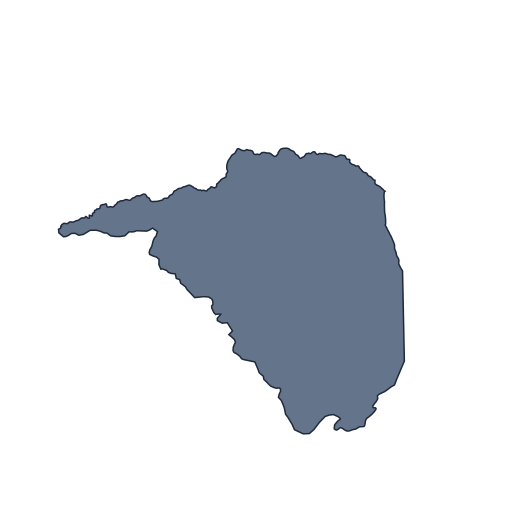 Birao, Vakaga, Central African Republic, rotated 30°
{"feature_id": "33826404B56670707739048", "entity_name": "Birao", "entity_type": "district", "adm_level": 2, "iso_a3": "CAF", "parent_name": "Central African Republic", "parent_adm1": "Vakaga", "projection": "mercator", "projection_center": [22.276, 9.995], "detail": "fine", "context": "isolated", "style": "filled", "palette": "slate", "viewbox_px": 512, "rotation_deg": 30, "n_neighbors": 0, "source": "geoboundaries", "source_scale": "gbopen_adm2", "svg_char_len": 6106}
<svg xmlns="http://www.w3.org/2000/svg" viewBox="0 0 512 512"><g transform="rotate(30 256 256)"><path d="M412.5,366.7L413.4,365.7L414.0,364.5L414.4,363.0L415.4,362.3L416.8,362.0L419.4,362.3L421.9,362.2L423.1,361.7L424.1,360.9L424.6,360.5L426.5,358.1L428.9,356.0L430.9,352.4L431.8,351.6L434.0,350.3L434.5,349.8L434.8,349.3L434.9,348.4L433.2,343.9L433.0,342.4L433.1,341.5L433.3,340.7L434.4,338.2L435.4,335.5L436.3,331.6L436.5,329.0L436.4,328.3L435.9,327.9L435.2,327.8L434.0,328.6L433.3,328.7L432.7,328.4L432.4,327.8L432.2,327.2L432.4,324.5L432.8,322.1L432.9,319.5L432.5,318.1L431.2,316.8L431.1,316.1L431.5,314.5L435.2,309.1L436.1,307.3L438.6,301.4L440.0,299.2L440.4,298.3L439.5,292.8L437.0,272.8L390.4,195.7L387.1,193.9L383.9,191.7L383.4,191.2L382.8,190.1L382.6,189.5L381.9,188.3L381.1,187.4L379.4,186.3L378.2,185.7L377.2,184.9L375.5,182.9L373.0,180.9L372.1,180.0L370.5,177.2L368.6,175.5L362.8,171.2L361.6,170.6L359.5,169.1L356.1,167.0L355.1,166.2L352.7,164.8L352.3,164.4L352.3,163.5L350.0,159.6L348.1,156.9L345.7,154.0L344.3,151.9L341.3,146.9L340.1,144.6L339.2,143.6L337.0,140.4L335.5,137.5L335.3,136.8L335.2,136.0L335.4,135.4L334.6,135.5L332.5,134.8L328.6,134.0L326.1,134.0L325.4,134.2L323.5,134.0L322.9,133.7L322.4,133.2L321.2,130.9L320.6,131.1L319.8,131.2L316.9,130.3L315.2,130.0L314.5,130.3L312.8,130.3L311.1,129.2L310.4,129.0L309.5,129.0L308.2,129.5L306.5,129.5L301.5,127.9L300.5,127.1L299.8,126.9L299.1,127.1L298.1,127.9L297.4,128.1L295.1,128.1L294.4,128.4L293.0,128.6L291.4,128.3L290.6,128.1L290.1,127.7L289.2,125.9L288.6,125.6L288.1,125.8L287.0,126.5L286.3,126.6L285.0,126.1L283.4,125.0L282.5,124.8L281.8,125.0L281.3,125.3L278.7,126.2L277.9,127.2L277.6,127.9L276.0,129.9L274.9,130.5L272.4,130.5L270.1,130.8L268.8,131.1L267.8,131.9L265.5,132.2L264.2,132.7L262.8,134.0L261.7,134.6L259.8,135.4L259.4,135.9L259.2,136.6L258.2,137.5L257.5,137.6L254.9,136.5L254.1,136.7L253.2,137.5L252.1,140.1L250.1,140.7L249.7,141.3L248.6,142.0L248.3,142.5L248.0,145.7L247.7,146.3L246.9,147.3L246.5,147.9L246.4,148.7L245.9,149.1L245.3,149.3L244.5,149.2L242.7,148.3L241.9,148.0L239.7,148.1L239.0,147.9L237.2,146.9L235.6,146.6L233.4,147.0L230.9,146.7L228.8,147.2L226.1,148.9L224.7,150.1L223.9,151.3L223.6,152.8L223.7,153.5L223.5,155.2L223.9,156.6L223.6,159.1L223.2,159.7L222.2,160.5L221.4,160.6L218.1,160.1L216.4,160.1L215.8,160.3L214.1,161.3L212.1,161.9L210.9,162.4L209.4,163.6L208.4,166.3L207.9,166.7L206.4,167.0L204.4,168.6L203.7,168.7L202.9,168.6L201.3,167.4L200.7,167.1L200.0,166.9L199.2,167.1L198.5,167.2L196.7,168.1L195.2,168.4L194.7,168.6L193.6,170.3L192.6,171.0L190.5,171.6L188.0,171.7L187.3,171.8L186.7,172.1L186.3,172.6L186.3,177.8L184.9,180.1L184.6,181.6L184.6,184.1L184.3,186.8L184.4,188.4L185.1,191.3L186.2,193.7L187.3,195.2L188.3,196.0L189.2,197.0L189.4,197.6L189.2,199.3L189.3,200.0L190.2,201.8L190.4,202.5L189.4,204.4L188.2,205.9L187.4,207.8L187.3,209.6L187.1,210.3L186.7,210.8L186.6,211.5L186.7,212.2L186.0,213.3L187.1,215.7L186.8,216.4L186.4,216.9L186.2,217.7L182.7,218.4L182.3,218.9L182.2,220.6L181.1,222.2L180.9,223.9L180.5,224.4L180.0,224.8L177.8,225.2L176.4,226.5L174.9,226.6L173.3,227.7L172.4,227.8L171.8,228.0L170.3,227.6L168.9,228.0L168.1,228.0L166.7,227.6L165.2,227.8L164.5,227.6L163.7,227.7L163.1,227.9L162.0,228.6L159.6,231.6L158.6,232.4L157.2,234.7L155.2,236.3L154.5,237.5L154.1,238.9L152.8,240.4L152.6,241.1L152.8,242.6L152.6,244.3L152.3,244.9L151.5,245.9L150.9,247.2L150.9,248.9L150.7,249.6L149.9,250.6L148.7,251.2L147.3,252.5L147.1,253.2L147.1,254.0L146.8,254.6L145.8,255.4L145.0,256.4L144.1,257.2L143.5,257.6L142.1,258.9L141.4,259.1L140.9,259.4L139.9,260.2L139.4,260.5L138.3,260.9L137.5,261.0L136.1,260.5L135.7,260.0L134.6,259.3L132.2,259.4L131.7,259.0L129.9,258.1L129.0,258.0L127.8,258.5L127.3,259.0L125.5,261.7L125.1,262.2L123.3,263.0L122.4,264.0L121.6,265.9L120.8,266.9L120.3,267.3L119.8,268.7L119.4,270.2L119.0,270.7L118.6,271.1L115.7,271.8L115.2,272.1L114.3,273.0L113.6,274.1L112.7,275.0L111.1,276.0L110.7,276.6L110.4,277.3L109.2,278.7L109.3,280.3L109.1,281.1L108.5,282.2L108.2,283.9L108.0,284.6L107.6,285.2L105.1,286.1L104.2,287.0L103.2,287.7L102.4,287.8L101.9,287.4L101.1,286.4L100.6,286.0L99.9,285.9L98.6,287.4L97.6,288.1L96.7,289.1L96.3,289.6L96.2,290.4L96.8,292.4L96.7,293.2L96.3,293.7L94.7,294.8L94.7,295.4L94.5,296.1L93.6,297.0L93.6,297.9L94.3,299.0L94.0,299.6L93.2,300.6L93.3,301.4L94.0,302.5L94.0,303.3L93.5,303.6L92.7,303.6L91.3,304.0L91.4,304.5L92.6,306.0L92.5,306.8L91.9,307.2L91.1,307.2L89.6,306.8L88.8,306.9L88.6,307.6L88.6,308.2L88.4,308.9L86.0,310.1L85.4,311.2L84.6,313.3L83.9,314.3L82.9,315.1L81.0,317.8L80.6,318.2L79.3,318.7L77.6,319.7L76.5,322.2L75.4,323.0L74.7,323.1L73.6,323.7L73.3,323.7L72.1,326.1L72.2,327.0L72.7,327.6L72.6,327.8L72.2,327.8L72.6,329.1L72.7,329.9L71.6,331.6L73.7,334.5L79.6,335.6L81.4,334.4L83.1,332.3L84.8,328.8L88.0,326.8L92.2,326.6L95.7,323.6L99.5,316.7L104.7,313.6L108.3,312.5L112.9,312.0L115.3,310.7L120.1,311.2L124.3,309.5L128.3,307.3L132.3,304.1L134.0,298.5L136.3,297.3L138.2,296.0L140.0,293.8L148.9,289.1L150.8,286.7L152.5,283.6L158.4,284.1L159.5,288.7L159.0,291.2L159.3,294.1L160.9,299.8L161.0,304.1L161.9,306.6L163.1,307.8L166.6,307.5L170.5,306.7L173.7,307.4L176.2,312.0L180.2,315.0L181.5,313.9L185.9,313.2L188.3,314.0L191.3,313.5L195.0,311.8L198.2,315.3L201.6,314.6L204.4,317.2L210.2,317.9L213.2,319.6L216.5,320.5L223.7,322.7L230.8,317.5L235.3,315.2L239.0,315.3L240.9,316.5L242.9,319.3L242.6,321.5L243.7,323.2L247.8,326.1L250.3,326.8L252.5,325.0L254.6,324.1L253.6,329.3L254.8,331.3L260.3,331.1L264.5,328.1L273.1,332.7L271.8,337.7L275.5,338.3L279.2,339.2L281.3,340.9L281.4,342.9L281.9,346.3L283.4,349.4L285.0,350.5L288.0,350.4L292.1,350.9L294.8,352.2L297.0,351.9L308.0,348.3L314.1,352.9L317.2,355.5L322.5,356.5L324.3,358.8L333.5,361.3L337.2,361.0L340.0,360.2L342.0,358.6L343.4,358.7L344.9,360.8L345.1,363.8L346.1,367.2L350.3,368.5L356.2,373.1L360.8,378.3L364.2,379.7L371.4,383.7L376.2,387.2L385.8,386.4L391.0,383.1L392.9,377.4L394.1,368.3L396.1,360.4L398.9,357.2L402.4,354.6L407.6,354.1L410.1,354.6L410.6,355.1L409.3,358.1L408.5,362.7L409.2,364.7L410.2,366.6L412.5,366.7Z" fill="#64748b" stroke="#1e293b" stroke-width="1.5"/></g></svg>